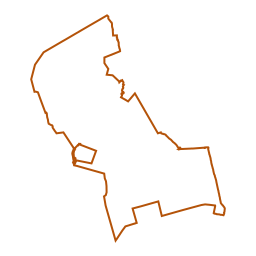 the district of López, Chihuahua, Mexico
{"feature_id": "50627088B10503438619479", "entity_name": "López", "entity_type": "district", "adm_level": 2, "iso_a3": "MEX", "parent_name": "Mexico", "parent_adm1": "Chihuahua", "projection": "natural_earth1", "projection_center": [-104.952, 26.935], "detail": "fine", "context": "isolated", "style": "outline", "palette": "amber", "viewbox_px": 256, "rotation_deg": 0, "n_neighbors": 0, "source": "geoboundaries", "source_scale": "gbopen_adm2", "svg_char_len": 5507}
<svg xmlns="http://www.w3.org/2000/svg" viewBox="0 0 256 256"><path d="M56.6,133.3L63.4,132.4L74.2,148.8L74.3,149.3L73.8,149.1L73.6,149.2L73.3,150.4L72.8,151.3L72.3,153.2L72.4,154.3L72.9,156.3L73.0,157.2L73.4,159.8L73.7,160.4L73.6,161.4L73.0,162.3L73.7,163.8L74.3,163.2L75.2,161.3L75.4,159.5L75.5,158.9L74.7,157.9L74.9,157.8L73.7,156.8L73.8,155.7L73.7,154.4L73.6,153.6L73.7,152.6L73.9,151.7L74.1,150.8L74.7,149.5L75.1,149.0L74.7,148.5L75.2,147.8L76.7,146.4L77.8,145.1L78.3,145.3L79.0,143.8L80.3,143.9L80.3,144.2L80.2,144.7L96.1,150.8L91.5,163.4L76.4,160.4L76.0,161.0L76.0,161.4L75.4,162.2L75.4,162.4L75.3,162.6L75.1,163.2L75.1,163.3L74.2,164.3L74.1,164.6L74.1,165.1L74.1,165.3L76.8,165.9L104.2,173.6L104.8,178.4L106.0,181.3L106.5,186.1L106.6,192.3L105.8,195.1L104.0,196.4L104.2,197.3L105.6,205.5L115.6,240.6L117.0,238.6L122.3,230.6L125.4,226.4L136.7,222.9L132.6,208.5L141.0,206.3L146.3,204.8L158.3,201.4L161.8,216.0L179.1,211.1L183.4,209.9L201.5,205.0L205.1,204.4L209.5,204.8L215.1,205.5L215.2,206.0L213.7,213.2L214.1,213.5L214.8,213.7L215.3,213.8L215.7,213.7L215.9,213.8L216.1,213.9L216.4,214.1L216.7,214.2L216.8,214.2L217.2,214.2L217.8,214.3L218.5,214.3L218.8,214.3L219.8,214.5L220.0,214.6L220.4,214.8L220.8,214.8L221.1,214.8L222.5,214.9L222.9,215.1L223.2,215.1L223.5,215.2L223.9,214.3L224.1,213.8L224.2,213.6L224.2,213.3L224.1,212.9L224.0,212.6L224.1,212.4L224.2,212.2L224.4,212.0L224.5,211.6L224.6,210.1L224.7,209.7L224.7,209.1L224.7,208.9L224.8,208.7L224.5,207.6L224.3,207.3L223.5,206.4L223.1,205.6L222.7,205.4L222.4,205.0L221.6,204.1L220.8,203.0L220.7,202.3L220.6,201.5L220.5,201.2L220.3,200.2L220.2,199.8L220.1,199.4L220.0,199.1L220.0,198.7L219.9,198.3L219.8,197.3L219.7,196.9L219.5,196.4L219.3,195.5L219.2,194.6L218.6,192.1L218.5,191.7L218.5,191.4L218.4,190.7L218.2,190.2L218.1,189.9L217.5,187.1L216.4,182.0L216.2,180.7L215.9,179.5L215.8,179.2L215.6,178.7L215.5,178.1L215.3,177.6L214.9,176.5L214.9,176.1L214.8,175.6L214.6,175.1L214.4,174.7L214.0,173.9L214.0,173.7L213.9,173.3L213.7,172.5L213.5,171.6L213.5,171.4L213.4,171.2L213.3,170.5L213.2,170.1L213.2,169.7L213.0,169.0L212.7,168.3L212.6,167.6L212.4,167.0L212.1,165.9L211.9,165.2L211.9,164.9L211.7,164.6L211.6,164.3L211.6,163.9L211.3,162.9L211.2,161.8L211.1,161.0L210.9,160.4L210.8,160.2L210.7,159.7L210.7,159.1L210.3,157.2L209.8,155.8L209.8,155.4L209.7,155.1L209.4,154.5L209.3,154.2L209.3,153.9L209.1,153.1L209.1,152.8L209.0,152.6L208.7,151.3L208.5,150.4L208.3,149.7L208.2,148.7L208.3,148.5L208.4,148.3L208.4,147.5L208.3,147.4L208.1,147.3L205.2,147.4L205.1,147.9L205.0,148.0L204.7,148.0L204.3,148.0L204.1,147.9L203.8,147.7L202.3,147.8L201.2,147.9L193.3,148.5L192.5,148.5L179.6,149.1L179.0,149.4L178.8,149.5L178.4,149.3L178.8,149.1L179.5,148.9L180.0,148.6L180.2,148.4L180.3,148.3L180.3,148.1L180.3,147.9L180.1,147.8L180.0,147.6L179.9,147.6L179.7,147.6L179.5,147.8L179.2,147.7L178.7,147.8L178.5,147.7L178.3,147.6L177.9,147.2L177.5,146.7L177.4,146.4L177.3,146.2L177.1,146.0L176.9,145.7L176.7,145.3L175.9,144.4L175.7,144.2L175.2,143.8L174.8,143.3L173.7,142.5L173.0,142.0L172.8,141.7L172.4,141.3L171.5,140.3L171.1,139.8L170.0,139.1L169.7,138.8L169.3,138.6L168.9,138.3L168.7,138.0L167.8,137.1L167.2,136.5L166.8,136.1L166.4,135.8L166.4,135.7L166.0,135.3L165.8,134.9L165.6,134.7L165.1,134.5L164.9,134.4L164.5,134.2L164.3,134.2L164.1,134.1L163.8,134.1L163.5,134.1L163.1,134.0L162.9,133.8L162.8,133.7L162.4,133.7L161.9,133.6L161.6,133.5L161.2,133.3L161.1,133.1L160.9,132.8L160.8,132.4L157.9,133.3L134.9,93.4L128.1,101.4L126.3,100.3L121.0,97.3L121.1,97.1L121.3,96.8L121.5,96.5L121.8,96.1L122.0,95.7L122.0,94.9L121.9,94.6L121.6,94.4L121.4,94.1L121.4,93.8L121.5,93.5L121.8,93.2L122.1,93.1L122.4,93.2L122.6,93.5L122.8,93.6L123.1,93.6L123.4,93.4L123.5,93.3L123.7,92.9L123.7,92.5L123.5,92.2L123.1,91.8L122.9,91.7L122.8,91.8L122.6,91.7L122.4,91.7L122.3,91.4L122.2,91.0L122.0,90.7L122.1,90.2L122.2,89.6L122.3,89.6L122.6,89.1L122.6,88.9L123.0,88.5L123.0,88.3L123.2,88.1L123.3,87.9L123.3,87.7L123.1,87.3L122.9,86.7L122.9,86.4L123.8,85.0L123.5,84.9L123.0,84.5L123.2,83.6L123.5,83.0L123.5,82.7L123.4,82.4L123.4,82.2L123.0,81.6L122.7,81.3L122.6,80.9L122.2,80.1L121.8,80.3L121.5,80.8L121.3,80.9L121.1,81.0L120.8,80.6L120.6,80.6L119.8,81.8L119.6,82.1L119.3,82.4L119.0,81.3L112.6,75.3L106.7,74.7L108.3,68.9L104.4,63.1L104.4,57.5L119.2,51.6L120.1,51.2L120.1,50.8L119.9,50.4L119.9,50.0L119.9,49.8L119.9,49.4L119.8,49.1L119.6,48.7L119.4,48.2L119.3,47.9L119.3,47.6L119.1,46.9L119.0,46.1L118.8,45.8L118.7,45.5L118.7,45.1L118.7,44.6L118.8,44.1L118.7,43.6L118.6,42.7L118.7,42.4L118.5,42.0L118.3,41.5L118.2,41.5L118.1,41.3L118.1,41.0L118.1,40.9L118.0,40.1L117.7,39.6L117.2,39.6L117.2,38.0L116.8,37.7L116.9,37.2L116.9,35.4L113.1,35.5L112.7,29.3L112.8,29.3L112.6,28.6L112.5,28.2L112.3,27.6L112.1,26.9L112.1,26.6L112.0,26.0L112.0,25.7L112.0,24.7L112.0,24.2L111.9,23.5L111.7,22.9L111.7,22.7L111.5,22.4L111.2,22.3L108.3,18.6L108.3,17.7L108.3,16.5L107.0,15.4L82.7,29.5L73.8,34.7L65.6,39.5L62.6,41.2L43.6,52.3L35.0,64.7L31.2,79.3L34.5,91.8L35.4,91.6L37.8,92.2L38.0,92.5L40.7,100.0L45.5,112.9L46.3,112.6L46.8,113.4L46.8,113.5L46.7,113.8L46.9,114.4L46.9,114.7L46.9,115.2L47.0,115.6L47.2,117.3L47.4,117.9L47.6,118.7L47.9,119.5L47.9,119.8L48.0,120.2L48.0,120.5L48.3,122.4L48.5,123.1L48.7,123.3L48.7,123.7L49.1,124.0L50.5,124.7L51.4,125.2L52.1,125.3L52.3,125.5L52.5,125.9L52.6,126.3L52.7,126.6L52.6,126.8L52.6,127.5L53.2,128.5L53.4,128.8L54.2,129.9L54.3,130.2L54.5,130.5L55.1,131.3L55.3,131.6L55.9,132.3L56.1,132.7L56.5,133.3L56.6,133.3Z" fill="none" stroke="#b45309" stroke-width="2"/></svg>